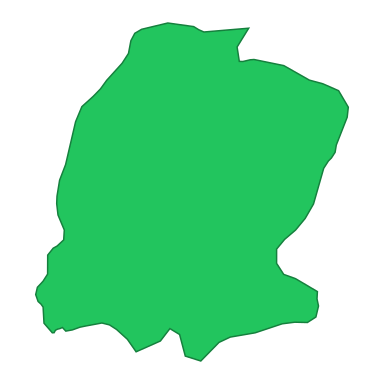 outline of K. Maras
{"feature_id": "TUR-2283", "entity_name": "K. Maras", "entity_type": "Province", "adm_level": 1, "iso_a3": "TUR", "parent_name": "Turkey", "parent_adm1": "", "projection": "robinson", "projection_center": [36.909, 37.929], "detail": "fine", "context": "isolated", "style": "filled", "palette": "green", "viewbox_px": 384, "rotation_deg": 0, "n_neighbors": 0, "source": "natural_earth", "source_scale": "10m", "svg_char_len": 1133}
<svg xmlns="http://www.w3.org/2000/svg" viewBox="0 0 384 384"><path d="M93.2,96.4L100.4,89.0L106.7,80.3L122.1,63.3L128.5,53.4L130.9,40.7L134.8,33.3L141.6,29.3L167.8,23.0L193.7,26.6L198.7,29.7L203.9,32.0L248.7,28.2L237.1,47.0L239.3,61.4L242.9,61.5L250.2,59.8L254.0,59.5L283.8,65.6L309.3,80.1L322.9,83.8L338.6,90.7L348.3,107.2L347.2,117.2L336.3,145.0L335.1,152.3L331.4,158.0L328.4,161.0L323.7,168.3L313.5,204.0L305.2,218.4L295.6,230.0L284.6,239.4L276.6,249.1L276.6,263.4L283.7,274.4L295.6,278.7L317.4,291.6L317.0,298.9L318.5,306.0L315.9,317.0L307.4,322.5L294.8,322.2L282.2,323.8L255.2,332.8L230.2,337.1L219.0,342.4L200.8,361.0L185.3,356.1L179.6,334.5L169.9,328.6L160.4,341.0L136.1,351.8L127.4,339.3L116.6,329.5L109.5,324.9L101.9,323.0L85.7,326.0L79.9,327.2L72.4,329.9L65.8,331.1L62.4,327.5L59.9,328.6L57.4,329.2L55.4,330.3L54.1,332.7L52.3,332.8L44.0,323.2L43.1,307.1L41.0,304.1L38.1,301.5L35.7,294.6L37.4,287.3L43.0,281.3L47.6,274.1L47.7,255.1L53.2,248.2L57.0,246.1L63.7,239.9L64.3,230.0L58.0,215.0L56.7,203.6L57.0,196.2L59.6,180.2L65.6,164.6L75.6,121.7L81.9,106.6L93.2,96.4Z" fill="#22c55e" stroke="#15803d" stroke-width="1.5"/></svg>